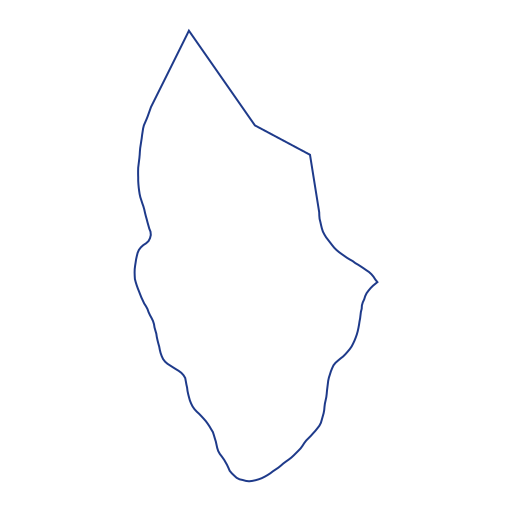 outline of Sanagasta, La Rioja, Argentina
{"feature_id": "61730980B91158656720381", "entity_name": "Sanagasta", "entity_type": "district", "adm_level": 2, "iso_a3": "ARG", "parent_name": "Argentina", "parent_adm1": "La Rioja", "projection": "orthographic", "projection_center": [-67.067, -29.141], "detail": "fine", "context": "isolated", "style": "outline", "palette": "blue", "viewbox_px": 512, "rotation_deg": 0, "n_neighbors": 0, "source": "geoboundaries", "source_scale": "gbopen_adm2", "svg_char_len": 3004}
<svg xmlns="http://www.w3.org/2000/svg" viewBox="0 0 512 512"><path d="M377.4,282.1L375.3,279.5L373.5,276.7L371.4,274.2L369.0,272.0L366.3,270.2L363.6,268.3L360.9,266.5L358.1,264.7L355.3,263.1L352.7,261.1L349.8,259.5L347.0,257.8L344.3,255.9L341.6,254.0L339.0,252.1L336.5,250.0L334.2,247.7L332.1,245.1L330.1,242.5L328.1,239.9L326.1,237.3L324.4,234.5L322.9,231.6L321.9,228.5L321.1,225.3L320.4,222.1L319.6,218.9L319.3,215.6L319.2,212.3L310.0,154.8L254.9,125.4L188.9,30.7L187.0,34.6L167.0,74.9L151.0,107.0L149.9,110.1L148.8,113.2L147.7,116.3L146.5,119.3L145.2,122.3L143.9,125.3L143.1,128.5L142.6,131.8L142.1,135.0L141.7,138.3L141.2,141.5L140.7,144.8L140.2,148.0L139.9,151.3L139.7,154.6L139.4,157.9L139.0,161.1L138.6,164.4L138.2,167.7L138.1,170.9L138.1,174.2L138.2,177.5L138.2,180.8L138.4,184.1L138.7,187.4L139.1,190.6L139.6,193.9L140.3,197.1L141.3,200.2L142.3,203.3L143.4,206.4L144.3,209.6L145.0,212.8L145.8,216.0L146.7,219.2L147.5,222.3L148.4,225.5L149.3,228.7L150.5,231.7L150.8,235.0L150.0,238.2L148.5,241.1L146.1,243.3L143.3,245.1L140.9,247.3L138.9,249.9L137.6,252.9L136.8,256.1L136.1,259.3L135.6,262.6L135.1,265.8L134.7,269.1L134.6,272.4L134.7,275.7L134.9,279.0L135.7,282.1L136.7,285.3L137.8,288.4L139.0,291.4L140.2,294.5L141.4,297.5L142.8,300.5L144.2,303.5L146.0,306.3L147.5,309.1L148.6,312.2L150.0,315.2L151.6,318.1L153.0,321.0L154.0,324.2L154.5,327.4L155.4,330.6L156.3,333.7L156.8,337.0L157.5,340.2L158.3,343.4L159.2,346.6L159.8,349.8L160.6,353.0L161.7,356.1L163.1,359.1L165.1,361.7L167.5,363.8L170.3,365.6L173.1,367.4L175.8,369.1L178.6,370.8L181.3,372.8L183.5,375.2L185.2,378.0L185.8,381.2L186.4,384.5L187.1,387.7L187.5,390.9L188.2,394.2L189.0,397.3L189.9,400.5L191.1,403.5L192.6,406.5L194.5,409.2L196.7,411.6L199.1,413.8L201.4,416.2L203.6,418.6L205.8,421.1L207.7,423.7L209.5,426.4L211.2,429.3L212.9,432.1L213.9,435.2L214.8,438.3L215.8,441.5L216.5,444.7L217.2,447.9L218.2,451.0L219.8,453.9L221.8,456.5L224.2,459.9L227.0,464.8L228.4,467.8L229.7,470.8L231.8,473.3L234.2,475.6L236.6,477.8L239.5,479.3L242.7,480.0L245.9,480.9L249.1,481.3L252.3,480.9L255.6,480.2L258.7,479.3L261.7,478.2L264.7,476.7L267.5,475.1L270.3,473.3L272.9,471.3L275.6,469.5L278.3,467.7L280.9,465.6L283.3,463.5L286.0,461.5L288.7,459.6L291.3,457.6L293.7,455.4L296.0,453.1L298.3,450.8L300.6,448.4L302.5,445.8L304.3,443.0L306.3,440.4L308.6,438.1L310.9,435.8L313.1,433.3L315.3,430.9L317.4,428.3L319.4,425.7L320.9,422.8L321.8,419.7L322.7,416.5L323.6,413.3L324.2,410.1L324.5,406.8L324.9,403.6L325.6,400.4L326.3,397.1L326.7,393.9L327.0,390.6L327.4,387.3L327.8,384.1L328.2,380.8L328.9,377.6L329.9,374.5L330.9,371.3L332.1,368.3L333.5,365.3L335.5,362.8L338.0,360.6L340.5,358.5L343.1,356.5L345.4,354.2L347.6,351.7L349.7,349.2L351.6,346.5L353.1,343.6L354.5,340.6L355.7,337.6L356.8,334.5L357.7,331.3L358.4,328.1L359.0,324.9L359.5,321.6L360.1,318.4L360.5,315.1L360.9,311.9L361.7,308.7L361.9,305.4L362.8,302.3L364.2,299.3L365.2,296.1L366.6,293.2L368.6,290.5L370.7,288.0L373.0,285.7L377.4,282.1Z" fill="none" stroke="#1e3a8a" stroke-width="2"/></svg>